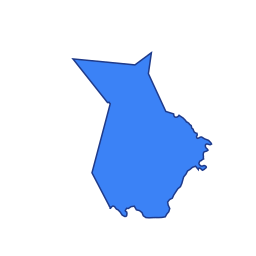 Santos Reyes Tepejillo, Oaxaca, Mexico (orthographic projection), rotated 132°
{"feature_id": "50627088B75439888832629", "entity_name": "Santos Reyes Tepejillo", "entity_type": "district", "adm_level": 2, "iso_a3": "MEX", "parent_name": "Mexico", "parent_adm1": "Oaxaca", "projection": "orthographic", "projection_center": [-97.955, 17.412], "detail": "fine", "context": "isolated", "style": "filled", "palette": "blue", "viewbox_px": 256, "rotation_deg": 132, "n_neighbors": 0, "source": "geoboundaries", "source_scale": "gbopen_adm2", "svg_char_len": 1924}
<svg xmlns="http://www.w3.org/2000/svg" viewBox="0 0 256 256"><g transform="rotate(132 128 128)"><path d="M56.4,161.0L56.8,161.1L76.5,165.1L113.5,215.1L122.4,162.6L122.7,161.1L122.6,159.8L121.6,159.4L121.9,157.4L185.4,124.8L198.4,89.9L198.7,89.4L198.6,88.9L198.8,88.4L199.6,87.7L199.4,87.3L197.5,87.4L196.4,87.2L195.8,86.5L195.4,85.4L195.7,84.1L196.0,82.4L195.5,80.6L195.7,77.5L196.6,74.1L196.0,71.3L195.1,70.4L194.1,70.3L192.4,71.4L191.3,72.7L191.6,74.0L191.2,74.8L188.6,75.3L187.6,73.9L184.4,73.1L181.9,71.0L183.2,67.0L181.7,64.2L181.5,61.0L183.0,57.9L182.6,54.8L180.7,52.3L178.1,49.7L176.1,47.6L174.1,45.3L171.7,42.9L169.1,40.9L165.9,41.6L162.9,41.7L159.9,43.1L158.4,46.6L156.5,49.0L153.3,49.2L150.5,48.1L147.1,49.2L143.1,49.8L139.8,50.3L136.5,49.8L133.2,50.9L130.4,52.3L127.1,53.9L123.4,54.1L120.1,55.0L117.2,54.2L114.1,53.8L111.2,52.2L111.7,48.9L111.8,48.0L111.3,48.4L110.4,48.4L109.9,48.0L109.6,47.4L109.6,46.5L109.7,45.2L109.5,44.3L107.7,43.7L106.5,43.6L105.6,43.4L104.8,43.5L104.4,44.1L104.4,44.9L104.7,45.8L105.0,46.4L106.6,47.3L107.3,48.1L107.5,48.9L107.5,49.4L107.5,49.9L107.4,50.4L107.3,50.9L106.8,51.7L106.3,51.9L105.4,52.2L104.6,52.4L103.9,52.2L103.0,51.7L102.1,51.7L101.3,51.5L100.4,51.1L99.8,52.0L98.9,52.7L98.3,53.3L97.9,53.8L97.3,54.4L96.5,54.9L96.1,55.2L95.5,55.4L94.9,55.4L94.3,55.2L93.8,54.9L93.2,54.5L92.7,54.2L92.1,54.0L91.6,53.8L91.0,53.7L90.7,54.3L90.6,55.2L90.6,56.4L90.3,57.6L89.6,58.5L88.8,59.1L88.2,59.2L87.3,58.9L86.8,58.3L85.9,56.4L85.1,55.5L84.0,55.2L83.5,56.7L83.3,59.9L84.8,63.8L85.4,67.2L86.4,68.2L88.5,68.9L89.0,69.2L89.3,69.8L89.1,70.6L88.7,71.1L88.3,71.5L87.6,71.7L86.9,71.8L85.8,73.2L86.3,74.0L86.7,75.9L86.1,77.5L85.3,78.8L85.4,80.5L83.9,82.7L84.1,84.6L83.8,85.9L84.0,87.9L84.4,88.5L83.9,90.4L83.7,93.7L84.3,97.7L84.4,98.6L85.9,98.5L87.3,99.0L88.3,100.1L88.5,101.1L88.1,102.2L87.0,103.5L90.4,111.0L74.0,149.2L56.4,161.0Z" fill="#3b82f6" stroke="#1e3a8a" stroke-width="1.5"/></g></svg>